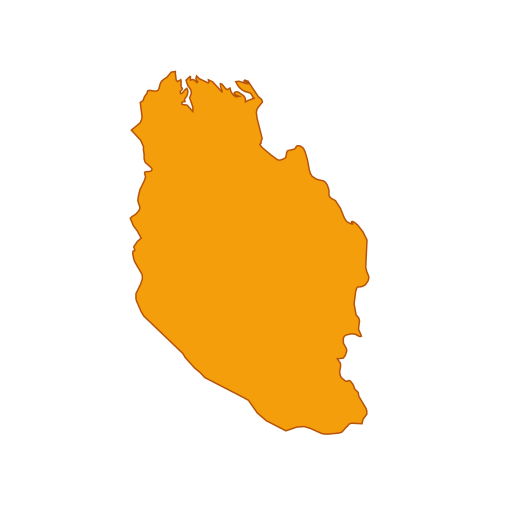 map outline of Telemark (Natural Earth projection), rotated 222°
{"feature_id": "NOR-922", "entity_name": "Telemark", "entity_type": "County", "adm_level": 1, "iso_a3": "NOR", "parent_name": "Norway", "parent_adm1": "", "projection": "natural_earth1", "projection_center": [8.804, 59.491], "detail": "fine", "context": "isolated", "style": "filled", "palette": "amber", "viewbox_px": 512, "rotation_deg": 222, "n_neighbors": 0, "source": "natural_earth", "source_scale": "10m", "svg_char_len": 4061}
<svg xmlns="http://www.w3.org/2000/svg" viewBox="0 0 512 512"><g transform="rotate(222 256 256)"><path d="M439.4,339.2L438.3,337.9L433.1,333.4L430.9,333.2L429.9,336.7L428.6,335.8L425.2,331.9L424.5,331.6L423.5,331.4L422.7,331.1L422.3,330.1L422.4,327.6L422.3,327.1L420.3,326.4L419.8,328.3L420.0,331.4L419.6,334.3L417.6,333.4L416.5,332.5L414.8,329.5L414.3,327.7L414.3,325.9L413.8,324.3L412.0,323.3L413.6,321.7L413.5,320.0L412.3,319.2L408.2,322.0L399.7,321.1L402.5,324.4L411.1,329.1L412.9,333.7L415.6,335.9L421.1,337.2L425.6,339.8L425.2,345.3L424.4,345.3L424.0,344.5L423.1,343.6L422.4,342.8L421.3,344.7L419.8,345.4L415.9,345.3L415.9,346.5L417.5,346.7L418.9,347.3L419.9,348.4L420.6,350.1L416.9,349.8L407.4,352.6L407.4,353.8L408.0,354.0L409.3,355.1L404.9,356.4L390.4,355.1L395.7,358.2L397.8,360.2L396.1,361.0L390.6,360.0L388.5,360.6L387.7,363.4L384.6,361.4L380.7,360.4L377.2,361.0L375.3,363.4L378.2,362.3L380.0,362.0L381.1,362.2L381.3,363.5L380.6,364.7L379.6,365.6L378.7,366.0L372.5,366.8L369.6,366.2L366.9,363.4L366.2,365.8L363.0,372.0L364.7,372.0L367.5,373.1L368.8,373.2L370.2,372.8L374.5,370.8L378.0,370.1L381.2,370.1L384.4,370.8L387.7,372.0L385.8,374.3L379.2,377.3L376.3,379.3L379.2,378.9L382.0,377.9L382.0,379.3L379.8,380.1L379.0,380.6L361.1,376.0L356.9,376.1L355.1,375.4L354.2,374.7L353.9,368.6L353.5,365.8L352.8,364.7L352.0,363.1L347.4,359.1L330.0,347.4L329.2,345.1L327.6,342.9L327.8,342.5L327.9,342.3L327.9,341.9L327.8,341.4L324.6,340.7L312.2,341.1L304.7,341.9L303.7,342.2L303.5,342.3L303.3,342.4L301.9,343.9L300.5,346.5L299.8,349.1L302.4,353.4L302.9,354.9L302.7,355.9L301.3,357.7L299.0,361.2L298.9,362.0L298.9,363.1L299.3,364.2L299.2,365.3L298.5,366.2L297.3,367.0L296.0,367.5L292.9,367.8L288.9,366.1L282.4,362.1L274.2,355.8L270.9,353.8L267.9,352.8L263.9,353.2L260.8,354.3L256.1,357.0L253.7,357.2L250.7,356.5L246.6,354.3L244.7,352.6L242.6,350.1L241.0,349.4L239.2,349.1L234.0,350.3L225.1,347.9L216.5,343.7L214.0,342.8L211.5,342.3L209.0,342.8L206.2,343.9L205.6,344.5L205.9,344.8L206.9,344.8L207.5,344.9L207.9,345.3L207.8,345.8L207.0,346.5L204.7,346.9L201.0,347.0L193.0,345.6L184.5,342.3L184.0,341.9L166.8,320.9L163.0,318.4L158.8,316.4L157.1,314.7L156.0,312.2L155.5,307.9L156.3,305.0L158.0,302.6L159.6,301.2L159.6,299.3L158.3,296.5L151.1,286.1L142.2,279.2L138.6,278.8L137.0,278.0L135.2,276.6L133.2,273.4L130.7,270.1L125.1,267.6L124.0,266.9L124.3,266.2L125.4,265.4L129.4,264.4L131.7,263.1L133.6,261.3L136.1,257.6L136.7,255.3L135.9,253.1L132.7,249.7L127.0,247.7L125.6,246.8L124.6,245.4L123.1,241.7L122.9,239.6L122.9,238.3L126.8,234.0L121.8,232.9L120.5,232.0L118.7,229.7L117.0,226.8L116.3,225.9L115.4,225.0L114.1,224.1L112.2,223.0L110.4,222.7L106.7,222.8L105.1,223.3L104.2,224.0L104.1,225.1L103.4,225.9L102.1,226.2L98.6,225.6L96.6,224.9L94.3,223.5L93.0,223.1L88.8,223.0L85.6,220.5L72.0,216.3L69.8,214.8L67.8,212.6L67.2,206.2L65.0,202.3L72.9,195.8L73.6,194.8L74.4,193.4L74.2,190.8L74.4,188.0L74.3,183.1L74.9,181.5L76.6,179.1L83.1,172.1L85.7,169.7L88.5,168.0L100.4,164.2L106.2,161.4L111.1,156.3L116.8,146.1L138.1,140.5L149.8,140.2L165.2,143.7L174.2,141.5L212.7,131.4L219.4,132.0L227.0,131.7L240.7,133.2L245.0,134.6L299.2,136.3L304.1,137.8L314.6,142.6L316.5,143.8L320.0,147.7L323.0,158.1L325.2,163.1L328.3,166.1L341.5,170.3L344.4,171.7L348.7,174.8L350.1,176.4L350.6,177.6L349.9,178.3L350.0,179.2L350.6,179.8L353.0,181.0L353.9,187.4L353.3,192.5L361.1,195.2L367.5,196.5L374.7,199.9L374.4,202.8L373.4,206.1L373.3,209.7L373.7,212.6L374.5,214.1L376.0,215.2L378.1,216.3L381.0,218.2L383.4,221.7L386.6,227.6L389.4,237.3L391.0,240.9L394.4,243.1L394.7,244.1L393.7,245.5L391.9,247.3L390.9,248.8L391.0,250.3L391.4,251.0L393.1,251.5L400.7,251.4L402.2,252.1L404.1,253.3L407.1,256.6L411.2,260.0L412.6,261.9L419.1,264.8L432.9,266.1L431.2,277.3L432.3,280.8L433.6,283.0L444.8,292.7L444.0,295.2L444.0,296.0L445.5,299.8L445.9,303.7L447.0,306.3L446.6,307.2L445.0,308.6L442.8,309.9L441.1,311.2L440.0,312.6L439.8,313.8L440.2,315.7L441.7,318.4L442.8,320.9L443.1,323.3L442.5,326.8L441.8,329.1L442.0,335.9L439.4,339.2L439.4,339.2Z" fill="#f59e0b" stroke="#b45309" stroke-width="1.5"/></g></svg>